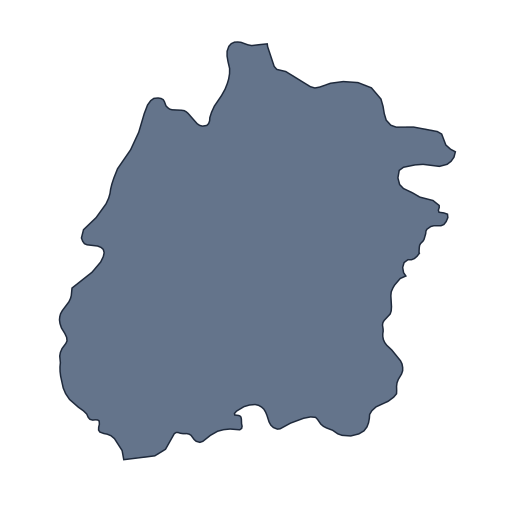 an SVG outline of Caras-Severin, rotated 184°
{"feature_id": "ROU-278", "entity_name": "Caras-Severin", "entity_type": "County", "adm_level": 1, "iso_a3": "ROU", "parent_name": "Romania", "parent_adm1": "", "projection": "orthographic", "projection_center": [21.99, 45.13], "detail": "fine", "context": "isolated", "style": "filled", "palette": "slate", "viewbox_px": 512, "rotation_deg": 184, "n_neighbors": 0, "source": "natural_earth", "source_scale": "10m", "svg_char_len": 3313}
<svg xmlns="http://www.w3.org/2000/svg" viewBox="0 0 512 512"><g transform="rotate(184 256 256)"><path d="M95.7,359.1L103.6,358.0L115.1,354.8L119.1,351.4L119.9,343.8L117.7,337.3L113.6,333.6L103.8,329.7L96.8,326.2L83.3,323.7L76.8,319.2L76.6,317.1L77.3,314.4L76.5,312.4L71.7,312.1L67.9,311.1L67.3,307.7L68.7,303.6L70.8,300.5L73.6,299.1L80.7,298.6L83.7,297.6L87.3,294.7L88.2,292.8L88.3,290.0L89.5,284.4L90.3,282.7L92.7,279.9L93.5,278.2L93.7,276.2L93.7,273.3L93.6,270.8L93.2,270.2L95.3,267.0L97.8,264.5L100.7,263.1L104.2,262.9L107.8,259.8L108.9,254.8L107.6,249.6L105.1,246.5L110.6,243.6L115.7,236.7L117.2,233.7L118.6,229.7L118.7,225.7L117.3,214.8L117.3,210.7L118.1,207.5L123.7,200.6L124.8,198.3L125.0,195.9L124.1,191.9L123.9,189.8L124.1,187.2L123.9,184.5L123.1,181.5L121.6,178.7L119.4,176.1L114.0,171.7L104.5,161.5L102.8,158.5L101.9,155.0L101.7,151.8L102.6,148.4L105.4,142.9L106.5,139.3L106.7,135.8L106.3,131.7L106.2,128.4L108.8,124.8L113.9,120.4L125.7,113.9L129.6,109.8L131.6,105.9L131.6,102.1L132.1,97.5L133.4,93.2L136.1,89.1L141.0,85.7L148.9,83.1L157.6,83.1L162.0,84.3L167.4,87.5L173.7,89.4L176.9,90.8L179.6,92.8L183.3,97.4L185.3,99.2L190.3,99.3L197.1,97.5L209.9,91.7L219.9,85.3L222.6,84.8L226.7,86.1L229.4,88.3L231.4,91.4L234.0,97.9L235.5,100.9L237.5,103.8L239.9,105.7L243.0,107.2L246.5,107.8L252.1,106.9L257.5,104.9L264.6,99.9L266.5,97.4L266.1,95.9L262.3,95.7L260.9,95.3L259.8,94.3L259.2,92.3L258.7,87.6L258.0,85.2L258.3,83.0L260.1,81.5L269.8,81.6L276.2,80.5L282.1,78.5L289.0,73.9L296.1,67.4L299.0,66.2L302.8,67.0L304.9,68.6L308.3,72.6L310.2,73.6L312.6,74.0L316.4,73.7L319.1,73.9L321.4,74.5L323.3,74.4L325.1,73.1L332.8,56.9L343.0,49.6L373.7,43.6L376.0,52.6L384.4,63.9L388.1,66.6L392.1,67.9L395.4,68.3L399.5,69.5L400.9,71.4L401.0,74.2L400.5,77.2L400.9,80.4L402.5,81.4L404.9,81.4L407.4,80.9L410.3,81.5L412.1,83.3L413.8,86.5L417.3,89.5L422.7,92.8L432.0,99.9L436.3,105.4L439.1,110.9L442.5,122.5L443.4,127.2L443.8,131.6L443.7,135.9L444.8,142.5L444.4,146.2L443.0,150.2L439.6,155.5L438.6,158.1L439.2,161.6L441.3,165.4L445.1,170.7L446.8,174.9L447.6,178.6L447.5,181.8L446.9,184.8L445.4,188.0L439.4,197.3L438.1,200.7L437.5,203.6L437.3,211.2L418.4,228.4L410.5,239.2L408.3,244.7L407.7,248.7L408.8,251.9L411.1,253.7L414.7,254.9L425.3,255.4L428.0,256.3L429.9,258.6L431.4,261.8L429.9,270.2L418.2,283.1L409.2,297.6L407.0,303.5L406.0,308.2L405.7,312.4L404.8,317.7L403.2,324.0L400.2,333.4L388.5,353.2L381.6,371.3L377.4,390.3L374.7,399.1L371.9,403.6L368.9,406.1L364.7,406.8L361.7,406.5L359.5,405.5L358.2,403.7L356.3,399.5L354.4,397.8L352.4,396.5L349.9,396.0L340.7,396.2L337.8,396.0L335.7,395.0L333.8,393.6L324.0,383.9L321.4,382.4L318.5,381.8L314.2,382.8L312.5,384.8L311.7,387.6L311.7,390.9L310.4,396.2L308.0,402.6L301.6,413.6L298.5,420.2L296.6,426.2L295.6,430.8L295.1,436.0L295.4,441.2L297.5,448.0L298.8,453.4L299.1,458.3L297.7,463.3L295.5,466.1L292.4,467.8L289.2,468.2L285.9,468.1L278.9,466.1L275.0,465.6L266.6,467.2L259.6,468.4L259.0,465.6L251.1,446.4L248.3,443.6L239.2,442.1L213.6,428.7L209.0,427.7L204.1,429.0L193.8,433.5L181.1,436.1L166.4,436.1L152.6,431.8L142.3,421.3L139.7,414.1L138.0,407.0L135.6,400.6L130.7,395.9L125.1,394.3L107.8,395.6L83.8,392.8L79.3,390.6L74.4,380.0L69.4,376.1L69.2,376.0L64.4,373.9L65.4,368.4L68.0,364.1L71.7,360.8L79.3,358.2L95.7,359.1Z" fill="#64748b" stroke="#1e293b" stroke-width="1.5"/></g></svg>